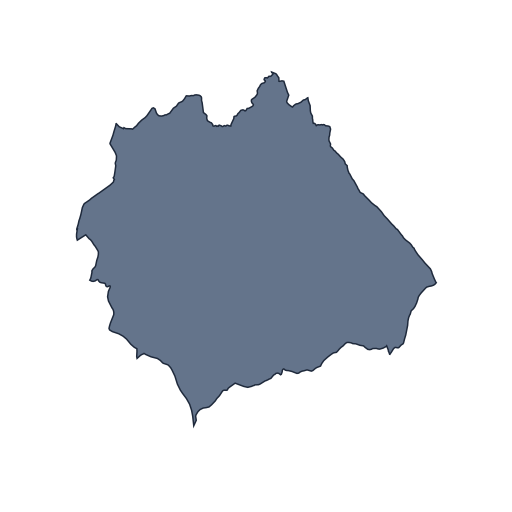 Siachoque, Boyacá, Colombia (Equal Earth projection), rotated 17°
{"feature_id": "7082276B99091285549459", "entity_name": "Siachoque", "entity_type": "district", "adm_level": 2, "iso_a3": "COL", "parent_name": "Colombia", "parent_adm1": "Boyacá", "projection": "equal_earth", "projection_center": [-73.22, 5.497], "detail": "fine", "context": "isolated", "style": "filled", "palette": "slate", "viewbox_px": 512, "rotation_deg": 17, "n_neighbors": 0, "source": "geoboundaries", "source_scale": "gbopen_adm2", "svg_char_len": 6070}
<svg xmlns="http://www.w3.org/2000/svg" viewBox="0 0 512 512"><g transform="rotate(17 256 256)"><path d="M83.2,170.0L83.6,170.6L83.8,173.1L83.8,179.2L83.9,182.3L83.4,190.8L83.6,191.4L91.0,198.1L93.1,200.7L93.5,201.6L94.4,205.3L94.2,207.5L94.3,208.5L95.5,210.7L96.5,216.9L97.1,221.4L96.6,223.0L98.2,224.2L97.9,224.9L98.0,227.0L95.8,230.8L87.2,242.1L86.9,242.3L81.8,248.9L80.5,251.1L76.8,255.7L76.3,256.6L75.8,260.4L76.4,267.5L76.5,271.8L76.4,274.0L76.7,277.6L76.7,282.5L76.8,282.9L77.3,282.5L78.0,287.5L78.8,290.2L79.7,291.9L80.5,293.1L87.0,285.5L91.4,288.3L92.9,288.8L94.6,289.9L97.8,292.7L99.5,293.8L103.2,297.1L104.1,298.2L104.8,300.7L105.1,303.2L105.0,306.8L105.5,312.1L105.3,313.4L103.8,316.3L103.4,318.2L103.9,319.6L104.4,324.5L104.4,326.0L104.1,327.7L106.1,328.1L107.7,327.9L109.4,326.9L110.9,325.0L111.8,324.8L112.9,325.9L114.3,326.7L115.5,326.8L119.4,326.3L120.3,326.9L120.6,327.6L121.5,328.7L122.0,328.9L122.6,328.9L123.2,328.7L124.4,327.5L125.0,327.3L125.3,327.4L125.6,327.9L125.7,328.5L125.2,333.0L126.0,338.4L128.1,342.2L133.4,347.7L134.9,348.9L135.9,350.3L136.7,352.0L137.1,353.8L136.4,362.5L136.4,365.8L136.6,368.2L137.6,369.5L140.7,370.3L147.5,370.5L152.2,371.5L156.5,373.3L162.1,377.0L166.3,378.9L169.2,379.5L170.1,382.1L171.3,387.0L172.2,388.7L174.5,384.9L175.6,383.6L177.1,382.4L177.4,381.9L179.2,382.4L185.1,383.1L191.6,382.8L195.0,383.8L198.0,385.5L198.8,385.7L203.2,385.8L204.0,386.0L205.5,386.8L207.3,388.0L209.3,389.9L213.6,394.6L218.3,401.5L222.9,406.4L226.0,408.9L231.2,412.7L235.9,417.2L239.6,422.5L242.4,427.9L246.1,436.5L246.9,430.6L245.1,426.8L245.1,425.3L246.0,421.8L247.4,419.2L250.0,416.8L252.8,415.5L255.2,414.1L257.0,411.3L259.4,406.5L260.2,403.7L261.9,400.3L263.5,394.8L264.2,394.0L265.4,393.4L266.7,393.2L267.8,392.5L268.0,390.8L268.8,389.5L273.2,383.7L282.4,384.3L286.5,384.0L290.0,381.9L291.0,380.9L291.9,380.5L292.6,379.6L296.1,378.3L297.3,377.3L301.3,372.7L302.1,372.2L303.7,370.8L304.4,370.0L306.0,368.7L307.7,364.6L308.7,363.7L309.3,362.5L310.8,361.7L312.3,361.6L314.2,362.4L314.8,361.7L314.9,359.2L314.6,357.6L314.8,356.7L315.3,356.0L316.3,356.0L317.3,356.6L318.9,356.5L320.5,356.1L324.2,355.9L329.4,356.3L330.6,355.8L331.5,355.0L332.2,353.9L334.1,352.4L335.2,351.9L338.1,350.0L342.6,349.9L343.8,349.0L345.6,346.2L346.7,344.9L349.9,342.4L350.3,339.6L351.4,336.2L352.1,335.0L354.1,331.7L356.8,327.9L358.4,326.0L361.1,324.6L362.1,322.6L362.8,320.8L364.1,318.4L365.5,316.6L367.0,313.6L368.2,312.1L370.1,311.5L372.6,311.2L374.1,311.5L377.1,310.8L381.5,311.0L385.1,310.5L387.1,311.5L390.2,312.6L392.2,312.3L393.7,311.4L394.6,310.4L398.1,309.2L399.9,309.2L401.5,308.9L404.5,306.9L406.9,304.5L407.2,303.7L409.9,307.1L410.5,308.4L411.3,309.2L412.5,310.9L412.8,310.9L413.0,309.9L413.4,309.0L414.6,304.5L415.2,303.4L415.8,302.7L418.7,302.3L419.4,301.7L420.9,298.6L422.3,297.0L422.5,295.9L422.3,291.6L422.3,287.9L421.3,278.1L420.3,273.7L420.0,270.2L420.2,267.7L420.5,266.5L420.4,263.6L420.5,262.9L422.0,260.3L422.8,257.7L423.1,255.3L423.3,254.2L423.4,249.9L423.2,248.1L423.7,245.8L424.8,242.9L427.5,237.2L428.3,235.9L430.3,234.5L432.6,233.3L434.3,232.0L435.3,230.8L436.2,228.8L435.5,228.3L433.1,225.6L429.6,221.3L428.5,219.5L426.5,217.3L419.5,213.3L416.3,211.1L410.4,207.4L407.0,204.6L405.3,203.0L405.0,202.4L403.4,201.8L401.2,199.9L399.2,198.7L394.3,196.9L391.6,195.4L390.3,194.1L388.5,193.0L383.5,189.3L382.0,189.0L379.0,187.0L376.2,185.6L371.0,182.3L366.8,180.0L363.1,177.1L357.1,173.5L355.1,173.0L350.8,171.3L347.6,169.4L341.7,166.3L341.2,165.7L340.1,165.2L338.2,165.0L336.7,164.5L335.2,162.9L333.6,161.6L333.0,160.7L327.5,155.3L325.5,154.1L321.6,150.1L320.6,149.5L320.0,148.6L318.9,147.3L317.2,144.2L316.8,143.0L314.4,141.8L313.3,139.9L312.3,139.0L311.0,137.9L308.1,136.6L304.8,134.6L303.2,134.0L300.7,132.4L299.6,132.2L297.4,130.4L295.9,129.9L294.9,129.1L294.6,127.3L294.4,126.9L292.4,124.8L291.7,123.5L291.1,121.0L291.1,118.9L290.6,116.8L290.3,113.2L290.0,112.5L288.7,110.7L287.0,110.6L284.4,111.1L283.1,110.5L282.1,110.6L281.4,111.2L280.5,111.1L278.4,112.1L277.0,112.3L276.1,112.9L275.5,113.7L274.4,112.6L273.4,112.1L272.8,112.1L272.0,112.4L271.1,110.9L270.3,108.9L269.8,108.1L269.0,105.7L266.7,103.4L266.2,102.6L265.5,101.2L263.8,96.4L260.6,92.2L259.3,89.5L259.0,89.7L257.4,92.0L255.7,93.0L254.0,95.8L251.5,98.1L250.0,98.8L249.3,99.5L247.9,101.5L247.8,102.1L247.4,102.9L246.6,102.8L243.3,101.7L241.1,100.5L240.3,99.6L240.1,98.9L240.3,92.6L238.3,90.4L231.5,80.7L229.6,80.9L227.5,82.1L226.9,82.2L225.7,78.9L223.6,77.3L222.7,76.4L221.7,75.9L217.1,75.5L217.4,76.0L218.5,76.2L218.9,76.5L219.0,77.1L218.8,77.6L217.6,79.8L216.9,80.1L215.9,80.3L215.6,80.7L215.2,81.8L214.8,82.4L213.5,82.5L212.3,83.1L212.1,84.5L212.2,85.0L212.4,85.2L213.6,85.7L213.9,86.5L213.2,88.0L211.3,89.2L210.5,90.4L210.1,91.5L210.0,92.8L209.2,94.9L208.8,97.7L209.7,99.6L209.9,100.8L209.7,101.6L208.6,104.5L206.2,107.5L206.0,108.2L206.3,109.2L206.6,109.8L207.3,110.7L209.2,111.9L209.3,112.8L208.9,113.8L206.5,116.3L205.7,117.0L204.4,117.5L203.8,119.9L203.2,120.4L202.5,120.4L202.0,120.1L201.3,120.0L200.4,120.2L198.9,121.2L197.9,123.8L197.1,125.1L196.7,127.0L196.2,127.8L194.4,128.8L194.2,129.1L194.6,131.1L193.7,137.4L193.9,139.1L192.2,139.4L190.7,139.2L190.0,139.4L189.1,140.6L187.5,140.6L186.4,141.9L185.7,142.1L184.8,141.7L182.5,141.6L182.1,142.2L182.1,142.8L181.8,143.1L180.9,143.0L180.4,143.5L179.5,143.0L179.0,143.2L177.9,144.1L176.9,144.2L176.6,144.0L176.2,143.0L174.4,141.7L172.9,141.6L170.0,140.8L169.0,139.4L168.5,138.4L168.1,136.4L167.9,136.1L166.7,135.3L163.8,134.2L159.7,125.2L158.5,123.3L157.7,120.7L157.1,119.8L155.8,119.1L154.5,118.9L151.9,119.3L150.4,119.9L149.3,120.9L147.2,121.5L145.5,122.5L142.5,123.2L141.6,126.7L140.6,129.2L140.0,130.0L137.5,132.1L137.1,132.8L136.1,136.0L133.8,138.8L131.7,144.8L130.7,145.5L129.1,147.2L127.8,147.6L126.7,148.7L124.8,149.8L122.2,150.3L120.5,149.6L119.0,148.4L116.4,144.8L114.6,144.3L113.4,145.2L110.7,153.7L109.5,156.1L107.0,159.4L104.8,163.4L103.7,166.4L102.4,168.2L100.9,170.8L99.7,170.8L94.1,172.3L92.2,171.9L92.0,173.0L87.4,172.4L83.2,170.0Z" fill="#64748b" stroke="#1e293b" stroke-width="1.5"/></g></svg>